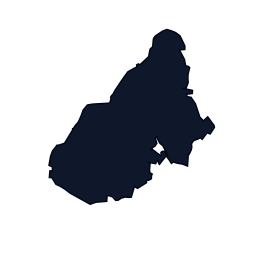 Al Qurashi, Gezira, Sudan (Mercator projection), rotated 58°
{"feature_id": "16777658B73110650377423", "entity_name": "Al Qurashi", "entity_type": "district", "adm_level": 2, "iso_a3": "SDN", "parent_name": "Sudan", "parent_adm1": "Gezira", "projection": "mercator", "projection_center": [32.662, 14.291], "detail": "fine", "context": "isolated", "style": "filled", "palette": "ink", "viewbox_px": 256, "rotation_deg": 58, "n_neighbors": 0, "source": "geoboundaries", "source_scale": "gbopen_adm2", "svg_char_len": 2129}
<svg xmlns="http://www.w3.org/2000/svg" viewBox="0 0 256 256"><g transform="rotate(58 128 128)"><path d="M137.5,218.9L142.1,216.0L146.7,213.8L152.4,211.7L172.6,200.5L174.0,194.4L178.9,184.9L174.6,181.8L174.9,180.4L178.2,177.6L182.9,176.8L184.0,174.6L183.9,170.9L185.0,167.0L187.0,164.5L188.4,161.9L181.0,153.6L184.2,151.9L184.2,141.3L183.0,140.6L182.3,139.3L183.3,138.1L183.4,135.1L180.7,133.2L179.9,131.9L177.6,133.1L175.3,132.2L171.2,129.2L170.0,128.2L168.4,128.4L172.9,123.5L170.9,120.6L171.4,120.1L171.5,120.1L171.8,120.2L172.3,120.3L173.7,120.5L174.6,120.7L175.0,120.7L175.5,120.6L171.6,109.8L170.8,109.6L167.2,109.3L165.9,111.4L166.1,111.8L166.1,112.1L166.1,112.3L166.2,113.0L167.1,113.5L168.1,113.7L168.5,114.0L168.5,114.9L165.3,116.4L161.5,117.7L160.0,118.4L159.8,118.5L159.1,118.5L158.9,119.5L157.6,118.2L157.7,114.7L156.2,111.6L150.6,110.1L150.7,108.5L156.1,109.0L158.1,109.0L161.2,107.9L171.4,108.5L172.3,110.0L173.9,110.3L176.3,110.0L181.0,109.9L180.8,107.6L183.4,105.4L187.6,100.8L191.8,97.7L182.5,91.0L182.7,90.1L180.1,86.0L178.1,84.1L175.0,82.5L173.5,79.3L174.8,71.7L176.9,71.1L174.0,63.4L176.6,61.5L173.3,54.4L171.4,53.7L160.8,54.5L161.9,60.3L156.8,61.3L143.0,58.0L135.3,58.3L132.9,61.2L130.3,60.7L132.8,55.2L130.3,53.4L123.2,60.7L124.9,57.6L121.5,53.0L117.3,50.7L114.4,48.7L113.8,48.2L109.4,43.7L107.6,44.3L105.8,46.2L103.3,45.2L99.8,43.8L91.7,43.2L91.8,43.1L91.7,43.2L89.0,43.1L91.5,38.2L88.7,36.4L87.9,36.3L85.3,35.9L77.5,35.1L73.2,36.7L71.9,37.4L71.1,37.9L68.3,40.0L65.1,42.8L64.2,47.1L64.3,52.0L64.5,56.2L65.6,58.8L67.0,60.1L72.1,63.9L72.9,67.5L75.8,70.3L78.4,72.6L79.6,78.5L80.7,84.4L79.1,85.3L79.1,87.2L81.0,88.2L80.6,91.2L80.3,98.1L80.5,98.9L82.7,104.4L84.7,109.0L87.8,115.9L89.2,119.0L91.8,123.6L91.7,124.5L92.6,126.3L94.3,127.0L97.2,130.3L94.7,135.0L92.8,138.4L90.6,142.4L89.6,144.3L88.8,145.8L87.0,150.3L89.0,156.4L92.9,161.4L96.6,166.9L98.0,171.5L99.6,174.7L99.2,175.3L100.2,175.8L107.3,189.9L106.0,195.4L105.0,197.3L107.5,204.2L110.8,208.4L111.6,209.2L117.8,214.8L120.9,212.7L124.2,214.7L123.0,217.0L128.3,220.9L129.7,218.9L137.5,218.9Z" fill="#0f172a" stroke="#020617" stroke-width="1.5"/></g></svg>